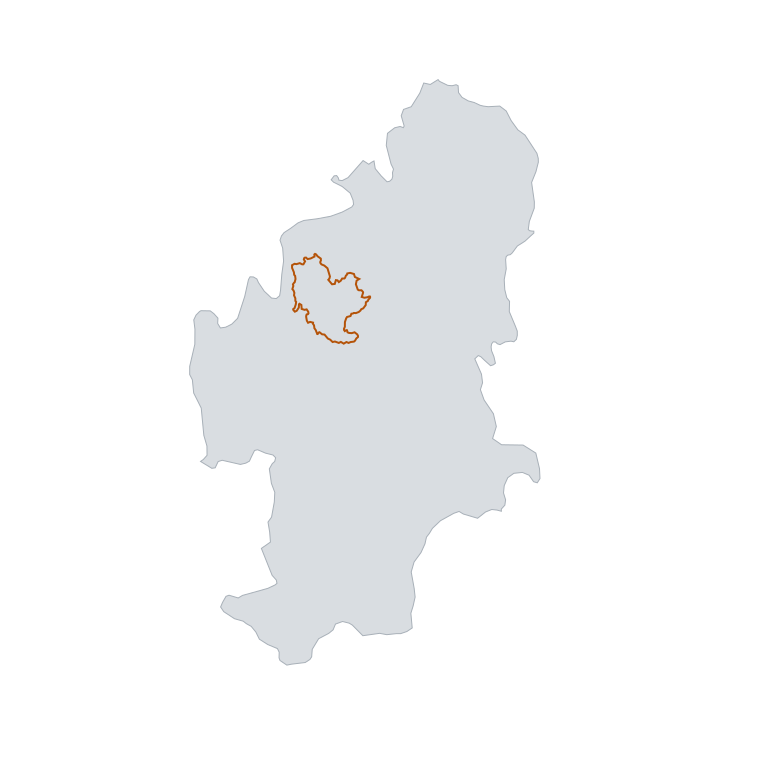 where Kolubarski sits in Republic of Serbia, rotated 50°
{"feature_id": "SRB-837", "entity_name": "Kolubarski", "entity_type": "District", "adm_level": 1, "iso_a3": "SRB", "parent_name": "Republic of Serbia", "parent_adm1": "", "projection": "orthographic", "projection_center": [19.93, 44.309], "detail": "medium", "context": "in_parent", "style": "outline", "palette": "amber", "viewbox_px": 768, "rotation_deg": 50, "n_neighbors": 0, "source": "natural_earth", "source_scale": "10m", "svg_char_len": 5231}
<svg xmlns="http://www.w3.org/2000/svg" viewBox="0 0 768 768"><g transform="rotate(50 384 384)"><path d="M423.1,298.3L439.1,303.0L446.4,307.7L450.3,313.8L460.6,317.6L477.1,319.3L488.8,325.3L495.6,335.9L506.1,333.0L520.2,316.7L534.5,312.1L548.8,319.3L556.7,325.3L558.2,330.1L555.0,332.2L547.1,331.5L540.7,334.8L535.9,341.9L535.3,349.4L539.1,357.2L544.3,362.5L550.9,365.3L554.5,369.3L555.2,374.5L556.9,375.9L553.3,378.4L549.4,382.1L547.3,388.5L547.0,398.6L534.6,406.8L529.9,408.4L527.9,413.7L525.0,428.6L525.7,439.7L527.6,445.3L528.6,449.9L532.8,455.4L536.9,464.0L539.7,475.4L545.5,484.0L560.0,492.3L567.2,497.1L572.7,504.3L576.9,510.8L589.0,519.2L588.3,525.6L585.9,531.8L583.3,534.8L577.8,543.0L572.2,547.6L563.2,562.0L548.4,563.2L544.8,564.4L539.3,568.4L536.7,575.5L539.6,581.0L539.5,586.7L537.1,597.8L541.1,609.5L546.5,614.8L547.4,617.9L546.7,623.4L539.2,634.9L536.9,639.1L529.0,641.4L526.3,640.4L522.1,636.7L518.2,635.7L508.9,640.5L499.4,643.5L491.7,641.6L484.3,641.5L479.1,643.5L475.2,644.3L467.7,649.4L455.4,653.1L449.8,652.5L447.5,648.0L445.1,641.5L446.2,638.5L454.2,633.2L455.0,628.3L465.9,604.3L467.9,596.6L467.9,594.1L464.9,592.5L458.7,592.7L431.1,583.6L432.1,572.6L424.0,566.8L415.2,561.6L413.7,555.7L403.9,543.9L396.8,537.3L387.7,534.1L380.0,529.3L375.3,526.4L373.2,520.8L373.1,517.5L370.8,514.4L367.0,514.7L360.8,519.2L353.1,523.1L351.7,525.9L354.6,532.5L356.6,536.7L355.8,540.7L353.3,545.7L338.4,557.0L336.8,560.9L339.7,567.2L337.9,570.1L325.4,574.3L325.7,570.9L324.9,565.4L317.7,559.5L307.5,555.0L285.0,539.5L276.3,537.4L268.6,535.6L257.6,528.1L251.9,526.8L245.6,521.5L232.0,503.4L220.5,493.6L212.6,488.5L210.4,483.7L209.9,478.7L210.2,477.1L216.3,470.1L220.9,469.1L226.8,468.9L230.7,472.5L235.9,473.3L238.7,468.8L240.3,462.2L239.6,453.9L227.4,434.4L216.9,420.7L215.8,417.7L218.1,415.2L221.8,413.9L225.7,415.0L236.0,416.1L245.9,414.9L249.3,411.6L249.3,407.2L245.7,403.0L234.3,391.8L225.3,381.9L214.8,374.3L207.0,371.2L204.7,367.4L203.8,363.3L204.7,355.8L205.3,346.3L207.2,340.3L214.4,329.1L221.2,317.1L225.4,305.6L227.7,294.9L226.9,291.9L223.4,289.6L216.1,287.2L205.8,289.1L197.0,292.9L193.6,293.2L192.5,288.4L193.9,286.3L196.7,286.5L198.9,287.5L201.3,285.3L202.8,278.9L199.4,256.4L205.9,254.4L206.1,251.2L206.7,248.3L213.4,252.3L222.8,252.4L231.0,251.7L232.3,249.5L232.2,246.3L230.5,243.8L227.6,241.7L225.5,238.6L220.0,237.2L202.7,228.9L194.2,220.2L194.6,211.1L197.1,206.1L200.1,204.4L199.3,202.7L189.6,198.4L186.2,192.5L189.1,184.9L184.2,169.6L179.0,160.1L184.3,156.0L185.1,150.3L185.6,146.9L187.7,147.0L196.2,143.2L199.3,140.1L201.1,136.4L203.1,135.5L208.7,139.6L214.6,140.0L221.3,137.5L226.3,134.0L232.3,131.2L235.0,129.2L238.5,126.0L245.5,116.7L253.4,114.9L264.0,117.3L275.4,118.1L284.0,116.0L305.6,118.6L310.3,120.8L313.3,123.2L319.0,131.1L324.5,141.4L332.2,146.2L341.2,151.8L345.9,155.9L352.9,168.2L358.4,174.2L360.2,173.9L362.0,172.3L363.2,171.0L364.7,172.2L364.8,175.9L365.2,184.2L364.0,193.1L366.0,201.5L366.1,204.1L364.8,206.5L365.0,208.6L366.9,210.9L374.4,216.4L381.3,224.8L389.3,230.8L396.8,234.5L401.4,234.7L409.1,241.5L424.2,246.2L429.1,247.9L432.4,250.6L434.9,253.9L435.1,257.4L432.8,259.2L429.7,264.0L428.4,269.8L426.1,271.3L423.7,271.5L421.9,273.2L422.4,275.7L424.4,278.1L427.6,280.2L433.7,282.2L439.7,285.3L439.6,287.8L438.5,290.6L430.9,291.7L425.3,292.3L422.8,293.5L423.1,298.3Z" fill="#d9dde1" stroke="#a8b0b8" stroke-width="1"/><path d="M263.4,398.5L261.3,396.8L258.2,395.9L256.6,394.1L254.3,393.2L252.4,393.2L250.6,390.4L249.1,389.7L248.6,387.7L248.7,387.1L246.7,384.3L244.1,382.6L242.6,382.6L240.5,381.2L236.0,379.8L233.9,378.1L234.4,375.3L235.9,374.0L237.3,370.8L239.7,369.8L240.5,368.8L239.3,365.6L237.1,365.4L236.3,364.3L236.3,363.5L237.0,362.5L239.2,362.2L240.7,359.5L241.7,355.3L240.0,354.1L240.0,353.2L241.1,352.7L243.4,352.8L247.3,351.8L248.8,352.9L249.6,354.5L250.7,355.0L252.2,355.0L254.9,353.6L259.0,352.9L266.9,356.3L268.1,358.0L268.4,359.7L274.2,359.7L275.7,357.4L273.5,354.1L274.7,353.0L276.9,353.1L277.1,350.8L276.3,348.3L277.7,346.5L277.6,345.5L276.5,343.6L276.4,342.0L275.7,341.1L277.1,338.5L280.4,336.3L283.3,337.5L287.6,335.5L287.2,338.5L289.5,341.4L294.8,343.4L296.0,343.0L297.7,341.0L299.8,340.9L300.6,341.3L303.0,345.1L305.3,343.6L306.9,340.9L307.4,339.1L308.0,338.5L308.5,338.7L309.1,339.6L309.3,341.7L310.0,343.0L309.7,345.3L311.8,347.3L312.7,351.3L312.1,353.4L312.6,354.9L312.6,357.1L311.6,360.0L310.2,361.4L310.0,362.6L309.2,363.8L310.4,366.0L308.9,369.2L309.4,370.8L311.4,374.1L315.0,377.2L316.0,379.2L317.0,379.9L318.3,380.0L318.5,378.3L319.0,377.8L321.0,378.7L322.4,378.0L324.3,376.0L325.5,373.3L328.8,372.6L330.5,373.0L331.3,373.8L331.3,375.9L332.2,378.4L332.2,379.8L330.4,382.6L329.8,384.7L327.7,385.8L327.2,388.9L324.0,390.0L323.5,392.2L319.9,394.3L318.8,396.4L315.5,396.7L313.1,397.8L307.9,397.8L306.1,399.5L302.9,400.1L302.6,400.9L303.1,402.7L302.8,403.0L298.7,401.6L296.6,401.5L294.1,399.9L292.1,399.7L291.4,398.9L288.9,400.7L288.3,402.8L285.9,402.4L282.4,400.4L281.4,399.3L281.0,398.5L281.6,397.4L281.4,396.5L280.0,395.6L277.1,395.3L276.1,397.2L273.6,398.8L270.3,396.5L268.2,397.2L268.3,397.9L270.7,400.1L271.8,403.8L271.3,405.8L269.2,405.9L268.3,405.5L268.3,403.6L266.3,400.4L264.6,398.5L263.4,398.5Z" fill="none" stroke="#b45309" stroke-width="2"/></g></svg>